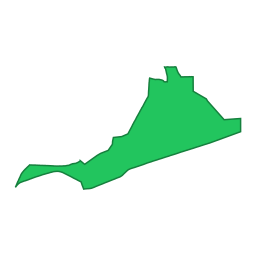 the district of Al Salam, Al Qahirah, Egypt
{"feature_id": "37247803B59541002076203", "entity_name": "Al Salam", "entity_type": "district", "adm_level": 2, "iso_a3": "EGY", "parent_name": "Egypt", "parent_adm1": "Al Qahirah", "projection": "mercator", "projection_center": [31.361, 30.163], "detail": "fine", "context": "isolated", "style": "filled", "palette": "green", "viewbox_px": 256, "rotation_deg": 0, "n_neighbors": 0, "source": "geoboundaries", "source_scale": "gbopen_adm2", "svg_char_len": 5424}
<svg xmlns="http://www.w3.org/2000/svg" viewBox="0 0 256 256"><path d="M83.7,189.1L83.8,189.1L84.8,188.9L86.3,188.8L87.1,188.7L89.2,188.6L90.0,188.5L90.6,188.4L91.5,188.2L92.4,187.9L94.7,187.0L95.5,186.6L96.7,186.1L97.5,185.8L98.0,185.6L98.7,185.3L102.6,183.8L104.9,182.8L107.8,181.7L111.5,180.2L113.0,179.6L115.2,178.8L115.4,178.6L116.5,178.2L117.0,178.0L117.5,177.8L119.1,177.2L119.7,177.0L120.0,176.8L120.3,176.7L120.5,176.6L121.0,176.2L121.4,176.0L121.7,175.8L122.3,175.3L122.5,175.2L122.8,174.8L123.4,174.3L123.9,173.7L124.8,172.9L126.9,170.9L127.6,170.3L128.0,170.0L128.3,169.7L128.7,169.5L129.4,169.2L130.5,168.7L132.3,168.1L134.4,167.5L137.0,166.6L138.3,166.2L140.9,165.3L142.1,164.9L143.3,164.5L144.1,164.2L144.8,163.9L145.4,163.7L146.0,163.5L146.6,163.2L149.4,162.3L151.4,161.7L152.4,161.3L153.3,161.0L157.2,159.8L158.9,159.2L159.9,158.9L161.3,158.5L163.0,157.9L164.0,157.6L165.1,157.2L166.4,156.8L167.8,156.4L169.1,156.0L170.3,155.5L172.4,154.9L175.3,154.0L178.0,153.1L180.8,152.1L183.5,151.3L185.0,150.8L186.6,150.3L187.4,150.1L188.2,149.8L188.9,149.6L190.2,149.2L191.7,148.7L192.1,148.6L193.4,148.2L196.3,147.2L197.3,146.9L199.0,146.4L200.2,146.0L201.3,145.6L202.4,145.3L203.2,145.0L205.1,144.4L206.8,143.9L208.3,143.4L209.4,143.1L210.5,142.7L240.6,131.7L240.6,118.5L224.1,119.7L207.5,101.0L206.3,98.9L198.2,94.2L193.2,91.3L193.1,76.8L191.5,76.7L190.5,76.8L189.2,76.7L188.5,76.8L187.4,76.8L186.5,76.8L185.4,76.8L183.2,76.9L181.8,76.9L181.4,76.9L181.0,77.0L180.6,76.4L180.4,75.9L179.9,75.2L179.1,74.2L178.8,73.8L178.5,73.2L178.2,72.9L178.0,72.5L177.8,72.0L177.5,71.3L177.2,70.6L177.0,70.0L176.3,67.9L176.1,67.5L175.8,66.9L174.2,66.9L173.2,67.1L172.7,67.0L171.7,67.0L169.2,67.1L168.6,67.0L168.1,66.9L167.0,66.9L166.1,67.1L165.5,67.2L164.6,67.0L164.7,67.5L165.1,68.2L165.5,68.7L165.7,69.1L165.8,69.9L166.0,70.4L166.0,70.8L166.2,71.4L166.3,72.0L166.6,73.5L166.9,74.4L167.0,74.9L167.2,75.8L167.4,76.9L167.4,77.7L167.4,78.7L167.3,80.9L167.2,81.8L166.6,81.7L166.1,81.8L165.7,81.9L165.2,81.9L164.7,81.8L164.1,81.8L163.7,81.4L163.5,80.9L162.9,80.5L162.2,80.2L161.8,80.0L161.1,79.9L160.0,79.6L159.5,79.5L158.9,79.4L158.1,79.4L157.4,79.4L156.8,79.4L156.3,79.4L155.6,79.5L155.2,79.5L154.7,79.4L154.4,79.3L153.8,79.2L152.2,78.8L150.8,78.4L149.7,78.1L149.5,78.8L149.4,80.0L149.3,81.1L149.3,81.7L149.2,82.3L149.1,82.8L149.1,83.3L149.0,84.7L149.0,85.4L148.9,87.0L148.8,88.6L148.8,89.3L148.7,89.8L148.7,90.2L148.6,90.7L148.6,91.3L148.5,93.2L148.5,93.7L148.5,94.2L148.4,95.3L148.3,96.1L148.0,96.9L147.1,98.3L146.5,99.4L144.7,102.7L142.8,106.4L142.1,107.5L141.7,108.0L141.3,109.0L140.1,111.0L139.8,111.7L138.3,114.4L137.7,115.5L136.7,117.2L135.7,119.3L134.8,120.9L134.1,122.0L133.4,123.5L132.8,124.4L132.1,126.0L127.9,133.9L121.7,136.6L113.4,137.5L112.6,141.3L112.4,144.3L108.2,150.4L100.6,153.4L97.2,155.4L84.7,164.3L83.3,163.2L80.3,160.7L80.3,160.8L80.2,160.9L80.0,161.1L79.7,161.3L79.2,161.6L78.8,161.9L78.5,162.2L78.4,162.2L78.2,162.3L77.9,162.4L77.4,162.6L76.6,163.0L76.3,163.1L76.1,163.2L75.9,163.3L75.6,163.4L75.4,163.4L74.9,163.5L74.7,163.5L74.3,163.5L74.2,163.5L73.7,163.6L73.3,163.7L72.9,163.7L72.4,163.8L72.1,163.9L72.0,164.0L71.9,164.0L71.6,164.1L71.4,164.2L70.8,164.4L70.5,164.5L70.2,164.7L70.0,164.8L69.6,165.0L69.3,165.1L69.2,165.2L68.9,165.3L68.6,165.3L68.3,165.4L67.6,165.4L66.7,165.6L66.3,165.6L66.1,165.7L65.8,165.8L65.7,165.8L65.3,165.9L65.1,165.9L64.6,165.9L63.8,165.9L63.7,165.9L63.4,165.9L62.7,166.0L62.4,166.0L62.1,166.0L61.2,166.1L60.9,166.1L60.3,166.0L59.8,166.0L59.3,166.0L59.1,166.1L58.2,166.1L57.5,166.1L56.8,166.1L56.1,166.1L55.8,166.1L55.7,166.1L55.3,166.0L55.1,166.0L54.8,166.0L53.9,166.0L53.5,166.0L53.4,165.9L53.2,165.9L47.5,165.6L47.1,165.6L46.0,165.6L45.5,165.5L44.6,165.5L43.7,165.5L42.6,165.4L41.7,165.4L41.1,165.4L40.5,165.4L40.4,165.4L40.1,165.4L39.7,165.3L39.4,165.3L39.2,165.3L38.7,165.3L38.4,165.3L37.9,165.3L37.6,165.2L37.2,165.2L36.7,165.2L36.2,165.2L35.7,165.1L35.2,165.1L34.7,165.1L34.4,165.1L34.0,165.1L33.9,165.1L33.4,165.1L33.1,165.1L31.4,165.0L31.1,165.0L30.6,165.0L30.2,165.0L29.7,164.9L29.4,165.2L28.8,165.8L28.3,166.3L27.6,166.9L27.1,167.4L26.3,168.2L25.4,169.1L25.2,169.2L25.1,169.3L24.9,169.6L24.6,169.9L24.5,170.0L24.0,170.5L23.8,170.7L23.6,171.0L22.6,172.2L22.5,172.3L22.3,172.5L22.2,172.7L21.8,173.3L21.2,174.2L21.1,174.5L20.8,175.0L20.6,175.5L20.5,175.8L20.3,176.3L20.2,176.6L20.1,176.8L19.7,177.6L19.6,177.8L19.2,178.6L18.7,179.8L18.2,181.0L17.8,181.7L17.7,181.8L17.5,182.3L17.3,182.8L17.2,183.1L17.2,183.3L17.0,183.6L16.8,184.0L16.2,185.5L15.8,186.4L15.4,187.3L15.5,187.2L15.8,186.7L16.0,186.5L16.2,186.2L16.7,185.6L17.2,185.0L17.3,184.9L17.5,184.7L17.9,184.3L18.2,184.0L18.4,183.8L18.5,183.7L18.8,183.5L19.1,183.3L19.3,183.1L19.8,182.8L20.0,182.7L20.5,182.4L22.2,181.8L22.6,181.6L22.9,181.5L23.3,181.4L23.9,181.1L24.0,181.1L24.3,181.0L24.6,180.9L25.3,180.7L25.6,180.7L26.0,180.5L26.1,180.4L26.4,180.4L26.9,180.2L28.6,179.6L29.8,179.1L30.6,178.8L31.3,178.6L31.5,178.5L32.2,178.2L34.2,177.5L34.9,177.2L35.3,177.1L35.8,176.9L36.4,176.7L37.5,176.4L40.6,175.4L41.4,175.1L42.5,174.7L43.9,174.3L45.4,173.9L46.7,173.5L48.3,173.1L49.3,172.8L50.2,172.5L51.5,172.2L52.6,171.9L53.7,171.6L54.8,171.5L56.1,171.4L57.1,171.3L58.2,171.4L58.7,171.4L60.6,171.8L62.5,172.4L66.9,174.6L69.5,175.9L70.5,176.4L72.0,177.2L73.4,178.0L75.0,178.8L76.3,179.4L77.7,180.2L79.1,180.9L80.3,181.5L81.1,181.9L82.3,185.5L82.8,186.7L83.7,189.1Z" fill="#22c55e" stroke="#15803d" stroke-width="1.5"/></svg>